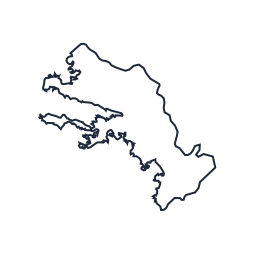 map outline of Mugla (Mercator projection), rotated 23°
{"feature_id": "TUR-2278", "entity_name": "Mugla", "entity_type": "Province", "adm_level": 1, "iso_a3": "TUR", "parent_name": "Turkey", "parent_adm1": "", "projection": "mercator", "projection_center": [28.126, 36.936], "detail": "fine", "context": "isolated", "style": "outline", "palette": "slate", "viewbox_px": 256, "rotation_deg": 23, "n_neighbors": 0, "source": "natural_earth", "source_scale": "10m", "svg_char_len": 5834}
<svg xmlns="http://www.w3.org/2000/svg" viewBox="0 0 256 256"><g transform="rotate(23 128 128)"><path d="M190.5,190.6L188.4,187.6L183.8,186.1L182.5,184.5L181.4,185.2L181.1,183.9L181.4,182.5L179.3,182.5L179.8,181.9L178.9,181.3L177.7,181.1L178.6,179.6L180.3,179.2L180.2,178.6L179.8,178.5L180.3,176.7L179.8,175.1L178.8,173.8L177.7,173.2L177.7,172.6L179.8,171.2L179.5,167.1L179.1,165.5L177.7,165.9L176.7,164.7L173.0,166.2L171.3,165.9L172.7,165.6L173.0,164.6L171.8,161.9L173.4,158.5L174.5,159.5L176.5,157.1L177.7,156.6L177.2,158.3L177.9,158.6L178.8,158.3L179.3,157.6L178.7,155.8L177.7,154.6L172.8,151.1L166.8,148.5L166.0,147.6L165.4,146.2L161.7,150.0L161.7,150.6L162.2,150.6L162.2,151.2L159.5,151.9L159.3,152.7L159.4,154.3L158.5,154.6L159.5,155.9L159.0,156.6L160.1,157.9L160.5,157.9L161.4,156.2L161.6,155.3L161.1,154.0L162.5,155.2L162.0,156.9L159.5,159.3L160.0,160.2L159.2,160.8L156.8,160.6L156.0,159.8L156.0,158.9L156.7,158.2L157.9,157.9L157.9,157.2L155.0,155.5L153.6,155.9L153.2,153.4L150.4,151.4L146.9,150.7L144.1,151.9L143.7,150.1L142.8,149.4L141.8,149.8L140.8,151.2L140.3,150.6L139.3,147.9L140.0,146.6L140.3,144.7L140.1,142.9L139.3,141.9L139.2,141.5L139.8,141.3L139.5,140.5L139.8,139.9L139.3,139.9L138.7,141.9L137.1,139.6L134.8,139.2L133.1,140.2L133.4,142.6L132.6,141.9L130.2,141.3L131.2,140.6L131.2,139.9L128.4,139.6L127.8,138.7L127.5,136.6L128.4,136.6L128.6,136.3L127.5,133.3L127.1,133.4L126.9,134.3L126.2,135.2L121.6,136.2L121.7,136.8L122.7,138.0L124.6,137.8L125.4,138.6L123.1,142.5L121.6,142.6L116.8,139.9L116.3,139.9L116.8,141.9L113.9,141.8L113.6,141.0L113.9,140.1L116.8,139.3L116.8,138.6L113.5,136.4L112.3,137.0L111.2,138.6L110.7,140.2L110.9,141.6L112.0,142.6L111.6,144.7L114.7,147.0L115.2,149.2L113.1,148.2L112.0,148.5L111.5,150.0L110.5,149.2L110.3,150.0L109.8,150.6L110.3,150.7L110.5,151.2L106.4,152.7L104.9,153.8L100.9,160.5L99.1,161.9L97.1,161.2L96.5,162.2L95.5,162.6L96.0,163.9L95.1,164.3L93.7,164.1L93.3,163.2L92.5,164.6L91.6,164.8L90.5,164.2L89.6,163.2L90.2,161.9L89.1,160.6L94.9,160.6L96.5,160.0L99.2,156.6L98.2,155.3L96.0,157.2L96.0,156.6L96.8,155.8L97.0,154.6L96.8,153.4L95.2,152.1L94.9,153.6L94.6,154.1L92.3,153.2L90.7,153.5L89.9,153.1L89.6,152.3L92.8,151.2L92.3,150.6L94.4,150.6L95.5,149.2L98.5,149.0L99.2,148.6L99.0,150.1L100.1,150.2L101.3,149.4L101.4,147.9L100.6,147.4L99.1,147.2L98.7,146.6L98.8,146.0L100.8,143.9L102.4,145.9L101.9,142.2L101.5,141.4L99.7,141.3L99.0,141.8L97.6,143.9L95.9,145.0L95.3,144.9L94.9,143.9L93.8,145.0L89.6,146.6L89.1,146.6L88.7,145.4L85.8,147.3L85.4,145.9L84.9,146.0L83.7,147.3L82.2,146.1L81.6,147.3L81.1,147.3L78.7,145.6L77.2,145.3L75.7,145.9L75.7,145.3L74.8,145.7L71.7,145.3L70.4,145.7L68.8,147.9L67.7,148.6L67.9,150.1L66.8,153.2L66.6,155.3L62.7,153.5L61.3,153.2L58.0,153.6L57.6,152.6L52.3,154.6L51.2,155.9L49.3,154.6L46.8,154.2L45.9,154.6L45.7,153.4L45.1,152.7L44.2,152.7L43.2,153.2L43.1,152.7L42.6,152.6L43.1,152.0L43.1,151.4L42.1,150.6L42.1,150.0L44.3,150.7L45.7,150.7L46.6,150.3L47.3,149.3L47.6,147.7L49.4,145.9L52.0,145.9L57.7,145.1L60.5,145.3L62.0,144.8L62.9,141.3L64.6,140.8L68.2,143.0L69.3,142.6L70.5,143.2L72.6,143.0L73.6,143.3L75.6,141.4L76.6,140.8L83.4,140.6L84.2,140.3L84.8,140.9L87.6,141.9L91.8,141.6L93.1,142.0L94.4,143.3L94.7,142.3L96.6,140.6L96.1,139.5L95.3,138.9L92.8,138.6L93.3,138.0L94.1,138.2L94.2,137.7L92.8,135.9L93.9,135.3L94.5,135.6L96.6,134.6L96.6,134.0L95.0,132.4L93.9,130.6L94.9,131.3L95.5,130.6L94.4,129.2L97.1,129.2L97.1,128.6L95.5,128.6L95.5,127.9L97.4,127.9L98.7,128.6L99.5,128.0L100.3,128.6L101.6,128.1L103.3,128.9L104.5,128.6L105.1,130.6L105.4,128.5L104.5,127.9L104.5,127.3L105.9,127.2L106.7,127.9L108.8,124.6L108.8,123.9L107.8,123.9L108.8,121.9L110.1,122.9L111.3,123.1L112.0,122.6L111.5,121.2L117.9,119.0L117.9,118.4L116.8,117.2L116.0,117.0L105.8,118.5L102.1,118.5L100.6,118.8L100.8,120.6L99.5,119.9L91.2,118.5L88.5,119.9L85.4,119.3L83.4,119.4L77.0,121.5L75.7,121.2L75.2,122.6L73.8,122.2L72.0,122.6L70.4,121.5L67.9,121.4L65.4,122.3L63.9,123.9L60.4,122.1L58.5,122.3L58.1,124.6L55.5,122.8L51.2,122.6L48.5,119.3L47.4,119.3L46.2,120.3L45.7,119.6L45.9,119.3L45.3,119.3L44.2,122.6L43.9,121.9L44.2,121.2L43.7,120.6L44.1,120.1L43.7,119.3L40.0,120.6L40.3,122.3L39.8,123.3L38.9,124.2L37.8,124.6L38.4,125.9L36.7,125.9L36.3,125.2L34.9,125.5L34.1,124.1L33.5,120.2L32.2,115.9L33.0,113.9L34.9,113.3L37.3,111.2L36.1,110.5L34.7,111.2L34.1,109.9L34.7,110.5L35.5,109.4L38.0,110.3L39.4,109.9L39.7,107.5L39.4,106.5L40.8,107.3L41.0,109.3L41.6,109.3L42.5,107.5L43.1,107.3L43.7,107.9L44.2,107.2L44.2,108.8L44.5,109.3L45.9,109.3L47.5,110.3L48.5,109.9L47.9,110.5L49.1,112.5L50.2,113.2L51.4,112.9L56.5,109.7L58.4,109.7L59.2,109.3L59.2,108.5L58.2,108.7L57.6,109.3L57.0,106.2L56.4,104.6L55.5,103.9L55.5,103.1L59.1,102.3L60.1,102.6L59.2,104.5L60.7,103.8L61.9,102.5L60.7,102.0L60.2,101.4L60.3,99.4L61.9,97.8L62.3,95.1L60.7,94.2L60.3,95.1L57.5,95.3L56.7,97.6L55.7,98.9L54.5,99.6L53.3,99.1L54.7,97.9L54.9,96.7L54.0,95.8L52.3,95.8L50.5,97.4L50.1,96.8L50.8,94.9L52.3,93.1L52.6,90.0L51.8,88.4L51.2,88.4L50.9,91.1L49.1,92.1L47.0,91.7L45.3,90.4L44.6,88.2L45.3,86.2L46.7,84.7L48.5,83.8L47.6,82.3L45.8,81.6L51.8,69.2L54.3,67.8L56.9,67.7L59.6,69.5L62.6,70.7L68.9,71.6L74.4,75.3L77.9,75.9L81.5,75.0L85.0,75.0L88.3,76.7L93.8,77.0L103.3,76.3L106.3,73.8L109.1,68.4L113.3,65.4L118.9,66.6L123.8,70.8L129.5,73.9L139.7,75.3L140.6,76.9L140.3,79.0L140.4,81.8L141.1,84.6L143.1,85.3L145.9,85.3L149.5,86.8L151.8,90.8L152.9,95.4L155.5,99.2L161.3,100.0L164.6,104.7L170.3,107.4L175.0,111.9L176.0,115.6L177.2,124.1L179.1,126.1L183.4,126.4L191.2,130.6L193.9,129.2L195.5,127.1L196.3,124.6L196.8,118.3L200.6,115.3L202.4,120.3L201.1,125.9L204.0,127.1L207.8,122.4L217.2,121.1L223.8,130.3L215.4,149.6L216.4,155.6L215.0,161.0L207.6,167.0L206.9,169.7L207.3,172.3L205.6,173.2L203.2,172.2L198.3,174.2L194.6,182.6L194.6,185.0L194.1,187.5L192.7,189.5L190.5,190.6Z" fill="none" stroke="#1e293b" stroke-width="2"/></g></svg>